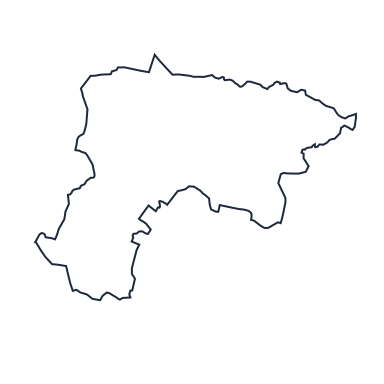 Shanono, Kano, Nigeria, rotated 107°
{"feature_id": "59680162B7876035432306", "entity_name": "Shanono", "entity_type": "district", "adm_level": 2, "iso_a3": "NGA", "parent_name": "Nigeria", "parent_adm1": "Kano", "projection": "orthographic", "projection_center": [7.967, 12.098], "detail": "fine", "context": "isolated", "style": "outline", "palette": "slate", "viewbox_px": 384, "rotation_deg": 107, "n_neighbors": 0, "source": "geoboundaries", "source_scale": "gbopen_adm2", "svg_char_len": 3650}
<svg xmlns="http://www.w3.org/2000/svg" viewBox="0 0 384 384"><g transform="rotate(107 192 192)"><path d="M71.7,267.8L90.0,268.2L91.0,275.6L92.5,292.8L94.4,298.8L94.5,299.3L97.4,299.8L100.1,303.9L103.1,304.1L106.4,313.4L107.8,316.0L109.1,318.7L110.6,322.9L125.5,328.5L130.1,325.4L131.9,324.7L143.5,316.1L145.1,315.8L157.7,313.0L164.9,312.6L168.1,312.8L169.0,313.5L170.0,314.8L172.4,316.6L175.1,317.1L180.8,316.2L184.0,316.0L186.0,315.8L186.0,314.8L185.8,314.1L185.4,311.8L185.9,309.4L185.9,306.8L185.9,305.4L187.4,303.1L194.6,295.3L202.5,290.9L204.7,290.0L206.3,290.0L207.3,290.8L207.8,292.1L208.1,293.2L209.7,294.2L211.7,295.9L216.0,297.1L218.5,300.0L221.4,300.5L221.8,301.5L223.4,304.2L224.5,305.9L226.5,306.8L228.6,307.1L230.2,308.1L231.0,309.8L239.5,306.2L247.6,307.3L255.3,306.1L266.3,308.6L272.6,308.6L277.3,309.1L277.2,312.7L278.1,318.8L276.4,319.7L275.2,321.3L275.2,323.8L277.1,325.4L285.6,327.2L285.4,326.8L292.1,319.4L297.2,312.9L301.9,304.7L300.8,299.3L299.6,290.8L314.5,282.0L321.4,277.1L319.3,273.9L320.7,269.5L320.7,262.5L323.3,255.9L322.3,248.2L317.6,247.2L313.2,244.3L313.0,243.5L312.9,241.7L315.1,232.8L315.6,231.7L316.0,229.5L313.6,227.4L310.9,220.1L308.1,222.1L304.3,222.1L303.7,220.4L303.0,220.5L301.4,220.5L291.6,221.2L288.6,224.7L287.9,225.5L282.6,227.2L263.5,228.0L257.8,227.0L257.0,235.2L255.1,235.0L253.4,234.9L252.3,235.0L251.4,235.9L250.0,236.1L249.1,235.6L248.6,234.7L248.2,233.3L247.4,232.4L246.1,231.6L245.1,230.8L244.7,229.6L244.2,227.8L244.8,225.6L245.2,223.4L245.0,221.9L240.0,220.5L238.3,222.9L235.8,226.4L234.4,230.6L234.1,232.5L233.1,234.9L217.6,229.6L221.0,221.0L217.3,220.2L216.9,220.1L216.6,219.9L216.6,219.2L216.5,218.6L216.2,218.4L215.8,218.4L215.0,218.5L214.3,218.7L213.2,219.2L212.2,219.9L211.5,220.2L210.7,220.6L210.2,220.3L210.0,219.9L209.9,218.2L210.0,216.9L210.5,215.3L210.6,214.0L211.5,212.0L202.9,208.8L195.3,205.9L193.2,202.2L191.2,199.1L187.4,196.4L186.3,191.7L188.3,184.4L190.2,181.2L191.2,178.2L193.2,173.7L194.8,173.1L199.2,171.2L203.1,168.6L203.8,163.5L203.3,161.1L196.4,161.6L195.2,148.3L194.6,142.4L194.3,140.7L193.6,137.0L193.5,132.3L194.7,129.4L196.9,128.1L201.4,127.3L201.2,124.7L201.5,123.7L201.7,123.1L204.2,116.5L205.2,112.2L204.2,108.9L202.7,107.4L195.8,100.9L195.9,98.1L189.6,98.2L174.7,99.6L170.4,100.9L158.2,112.1L148.9,112.3L146.8,109.6L146.6,107.1L143.3,95.5L139.5,89.2L133.2,88.0L127.1,95.2L122.8,96.4L122.5,98.0L122.3,98.8L121.9,98.8L121.6,98.8L121.2,98.7L120.9,98.7L120.6,98.6L120.4,98.7L120.0,98.8L119.6,98.8L119.3,98.7L119.2,98.5L118.9,98.2L118.7,97.6L118.6,97.3L118.5,97.0L118.4,96.8L118.5,96.4L118.3,96.2L118.1,96.2L117.8,96.1L117.6,96.1L117.3,96.0L116.9,95.7L116.7,95.4L116.4,95.0L115.2,92.9L114.2,90.7L112.3,90.0L110.5,88.5L111.7,88.1L113.1,87.2L112.0,85.1L110.8,84.8L109.2,83.9L109.2,83.1L108.7,82.1L108.5,80.3L107.6,79.6L106.9,78.8L106.3,78.2L105.4,77.4L104.0,76.6L103.1,76.2L101.9,75.6L100.8,74.0L99.4,71.2L92.6,67.6L87.0,68.2L85.8,67.0L83.9,65.8L84.2,63.5L84.7,60.7L85.3,59.1L85.7,56.6L82.3,55.5L82.2,55.5L73.6,56.8L69.4,58.1L72.0,61.5L73.6,64.1L76.8,66.9L76.8,70.7L75.6,74.6L74.4,76.4L70.6,80.8L70.4,83.2L70.5,89.0L69.1,93.3L67.3,97.1L67.9,101.2L66.5,107.8L65.8,111.5L61.9,113.5L62.3,117.5L65.9,120.7L66.3,127.3L64.9,130.8L60.8,133.5L60.7,135.0L63.0,139.3L61.7,140.0L61.6,143.0L63.5,144.9L65.8,145.7L69.0,149.0L71.6,150.1L71.0,155.1L69.4,158.0L69.4,168.3L70.4,171.6L72.4,172.5L75.6,174.4L76.8,175.5L77.3,177.0L75.8,180.2L75.2,182.7L73.7,185.6L73.4,188.4L75.5,193.4L75.0,194.2L73.2,195.0L73.1,196.6L75.8,199.5L75.9,203.3L74.3,207.0L78.3,213.9L81.4,224.4L81.5,227.9L83.5,239.2L85.5,245.0L75.8,261.7L71.7,267.8Z" fill="none" stroke="#1e293b" stroke-width="2"/></g></svg>